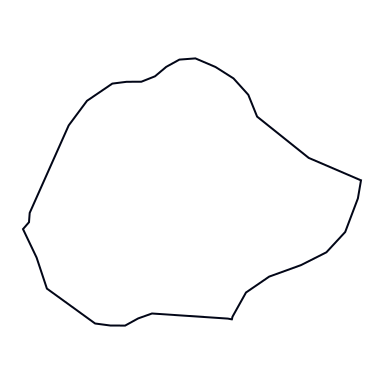 outline of Tororo
{"feature_id": "UGA-3121", "entity_name": "Tororo", "entity_type": "District", "adm_level": 1, "iso_a3": "UGA", "parent_name": "Uganda", "parent_adm1": "", "projection": "orthographic", "projection_center": [34.082, 0.732], "detail": "fine", "context": "isolated", "style": "outline", "palette": "ink", "viewbox_px": 384, "rotation_deg": 0, "n_neighbors": 0, "source": "natural_earth", "source_scale": "10m", "svg_char_len": 553}
<svg xmlns="http://www.w3.org/2000/svg" viewBox="0 0 384 384"><path d="M361.0,180.3L357.9,198.4L345.2,232.0L326.4,252.3L301.0,265.1L269.2,276.6L246.0,292.5L232.5,316.7L231.9,319.3L231.5,319.3L227.9,318.6L152.0,313.5L138.2,318.4L125.1,325.6L110.2,325.5L95.1,323.5L46.9,288.6L36.6,257.6L23.0,229.1L29.0,222.2L29.7,212.9L68.7,125.4L87.0,100.8L112.3,83.6L126.6,81.8L141.4,81.7L155.0,76.3L166.3,66.8L179.4,59.6L195.4,58.4L215.5,67.0L233.5,78.4L248.3,94.8L257.1,116.6L308.7,157.9L360.6,180.2L361.0,180.3Z" fill="none" stroke="#020617" stroke-width="2"/></svg>